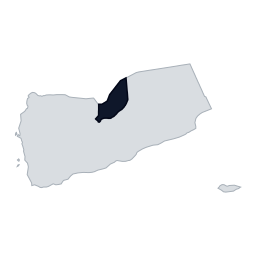 Zamakh wa Manwokh, Hadramawt, Yemen (highlighted)
{"feature_id": "15242507B25520584620075", "entity_name": "Zamakh wa Manwokh", "entity_type": "district", "adm_level": 2, "iso_a3": "YEM", "parent_name": "Yemen", "parent_adm1": "Hadramawt", "projection": "albers", "projection_center": [47.768, 17.17], "detail": "fine", "context": "in_parent", "style": "filled", "palette": "ink", "viewbox_px": 256, "rotation_deg": 0, "n_neighbors": 0, "source": "geoboundaries", "source_scale": "gbopen_adm2", "svg_char_len": 6109}
<svg xmlns="http://www.w3.org/2000/svg" viewBox="0 0 256 256"><path d="M211.5,108.8L202.2,112.5L199.8,114.1L197.6,116.0L195.9,118.4L194.9,122.6L195.8,126.4L195.8,128.4L193.4,129.8L191.2,130.8L188.7,132.4L187.1,132.8L185.9,134.0L184.5,134.8L179.3,137.1L173.6,138.8L164.5,141.0L161.0,143.1L157.8,144.7L152.9,145.2L146.2,147.3L142.5,148.9L137.9,151.6L136.9,152.5L136.1,154.5L134.6,156.2L131.9,159.0L129.8,160.4L128.4,160.5L125.7,161.3L122.4,161.4L117.0,160.5L115.6,161.1L114.5,162.2L110.3,164.1L106.1,167.9L102.9,168.9L97.9,170.1L94.4,171.7L92.0,172.3L89.0,172.6L83.3,172.4L78.0,172.9L73.0,174.0L70.6,176.0L68.0,179.2L63.6,180.4L62.6,181.6L61.2,183.9L58.4,184.5L55.8,184.8L53.2,183.8L48.3,186.5L46.4,187.0L43.6,187.0L41.6,187.6L40.1,187.4L38.3,186.3L34.6,184.8L31.8,185.6L31.6,182.9L27.2,174.6L28.3,167.4L28.3,166.4L27.5,163.1L24.8,160.1L25.0,156.4L24.2,153.7L23.5,151.0L23.8,150.2L23.8,149.6L22.5,145.3L22.1,144.5L21.9,143.6L22.4,142.9L22.4,142.1L21.7,140.8L21.0,138.3L17.3,136.3L18.1,134.5L18.8,135.2L19.8,135.7L20.0,134.6L20.1,133.7L18.7,128.2L21.1,120.9L20.6,114.3L24.1,111.8L25.0,111.0L25.5,110.3L26.4,108.8L27.5,108.3L27.9,106.8L27.9,106.0L27.2,105.3L26.7,103.4L26.9,101.1L27.1,100.1L27.6,98.4L28.8,97.7L29.1,97.2L28.2,96.1L28.3,95.4L30.4,93.5L31.2,93.0L32.5,92.4L33.6,92.5L34.8,92.8L35.8,93.4L36.8,94.4L37.9,95.5L39.6,95.9L40.8,95.8L41.7,96.3L42.5,96.1L43.4,95.6L44.8,95.6L46.1,95.0L49.8,94.8L53.3,95.0L57.0,94.6L60.7,94.6L64.5,94.7L65.3,94.8L66.1,95.2L69.2,96.9L71.6,97.3L76.4,97.8L81.5,98.3L85.9,98.8L89.6,98.4L92.8,98.1L93.6,98.1L94.5,99.2L96.4,101.8L98.2,104.2L101.3,104.4L103.3,103.4L105.5,102.2L106.8,101.2L108.4,97.2L109.4,94.7L111.7,91.8L113.6,89.4L116.1,86.2L117.5,84.4L120.3,80.9L122.9,79.6L128.0,76.9L133.0,74.3L136.2,72.6L139.0,71.9L143.6,71.2L149.1,70.3L154.5,69.5L160.3,68.6L166.7,67.6L171.2,66.9L176.8,66.0L181.5,65.2L185.6,64.6L189.9,63.9L190.8,65.8L191.6,67.7L192.5,69.6L193.3,71.5L194.2,73.4L195.1,75.4L195.9,77.3L196.8,79.2L197.6,81.1L198.5,83.0L199.4,84.9L200.2,86.8L201.1,88.7L202.0,90.7L202.8,92.6L203.7,94.5L204.5,96.4L205.9,96.9L206.7,98.7L207.9,101.2L209.1,103.8L210.3,106.3L211.5,108.8ZM226.4,186.0L227.6,186.2L229.3,185.5L234.4,185.2L240.6,187.1L239.5,187.7L238.8,188.5L236.2,189.3L233.5,191.1L225.8,192.1L223.5,191.8L221.5,190.2L218.0,188.2L219.3,186.9L219.6,186.3L220.1,185.7L222.1,184.6L224.0,184.7L226.4,186.0ZM19.1,160.7L18.9,161.2L18.5,161.1L17.4,160.0L18.7,158.9L19.4,160.0L19.1,160.7ZM16.1,134.9L15.5,135.3L15.4,134.6L15.8,132.9L16.4,132.4L16.8,133.7L16.5,134.3L16.1,134.9ZM18.4,165.9L17.2,166.5L18.0,164.9L18.9,164.7L19.2,164.7L18.4,165.9Z" fill="#d9dde1" stroke="#a8b0b8" stroke-width="1"/><path d="M95.6,118.9L95.9,119.2L96.1,119.4L96.1,119.5L96.3,119.6L96.5,119.8L96.8,120.0L97.0,120.2L97.2,120.3L97.3,120.4L97.4,120.5L97.5,120.6L97.7,120.8L97.8,120.9L97.9,121.0L98.0,121.1L98.2,121.4L98.2,121.5L98.3,121.5L98.4,121.8L98.5,121.8L98.6,122.0L98.8,122.1L99.0,122.1L99.4,122.1L99.5,122.0L99.6,121.9L99.8,121.7L100.0,121.5L100.1,121.4L100.2,121.2L100.3,121.1L100.4,120.9L100.5,120.8L100.5,120.7L100.6,120.4L100.7,120.2L100.8,120.0L100.8,119.9L100.9,119.7L101.0,119.6L101.2,119.4L101.3,119.3L101.4,119.2L101.5,119.1L101.9,119.0L102.0,118.9L102.3,118.8L102.4,118.7L102.5,118.7L102.8,118.5L103.0,118.5L103.1,118.4L103.3,118.4L103.5,118.3L103.8,118.2L104.0,118.2L104.3,118.2L104.5,118.1L104.9,118.1L105.0,118.1L105.4,118.1L105.6,118.1L105.8,118.1L106.0,118.1L106.4,118.1L106.5,118.1L106.8,118.1L107.0,118.1L107.3,118.1L107.6,118.2L107.8,118.2L108.0,118.2L108.4,118.2L108.4,118.3L108.5,118.3L108.8,118.3L109.0,118.3L109.3,118.3L109.5,118.3L109.8,118.3L110.1,118.3L110.3,118.3L110.5,118.2L110.9,118.1L111.0,118.0L111.2,117.9L111.3,117.9L111.5,117.7L111.8,117.5L111.9,117.4L112.1,117.2L112.3,117.0L112.5,117.0L112.7,116.9L112.8,116.8L113.0,116.8L113.1,116.7L113.3,116.6L113.5,116.6L113.7,116.4L113.8,116.3L113.9,116.2L114.0,116.1L114.3,116.0L114.3,115.9L114.5,115.7L114.8,115.4L115.0,115.2L115.3,114.9L115.5,114.8L115.5,114.7L115.8,114.4L116.0,114.3L116.1,114.2L116.3,114.0L116.4,113.9L116.5,113.8L116.6,113.7L116.8,113.5L116.9,113.3L117.0,113.2L117.1,112.9L117.3,112.7L117.5,112.5L117.6,112.4L117.8,112.2L118.0,112.0L118.1,111.9L118.3,111.8L118.4,111.7L118.5,111.6L118.8,111.4L119.0,111.2L119.3,110.9L119.5,110.8L119.7,110.7L119.8,110.6L120.0,110.5L120.0,110.4L120.3,110.2L120.5,110.2L120.9,109.9L121.0,109.9L121.1,109.7L121.3,109.6L121.5,109.5L121.7,109.4L121.8,109.4L122.0,109.2L122.3,108.9L122.5,108.6L122.8,108.4L122.9,108.2L123.0,108.1L123.2,107.9L123.3,107.8L123.4,107.7L123.5,107.6L123.7,107.4L123.8,107.3L123.9,107.2L124.0,107.1L124.1,106.9L124.3,106.6L124.4,106.4L124.5,106.2L124.8,105.8L124.9,105.7L125.0,105.6L125.1,105.4L125.2,105.2L125.3,105.2L125.4,104.9L125.5,104.8L125.6,104.7L125.8,104.3L125.9,104.2L126.0,103.9L126.1,103.7L126.3,103.4L126.4,103.2L126.5,102.9L126.6,102.7L126.7,102.3L126.8,102.2L126.9,101.9L127.0,101.7L127.1,101.4L127.2,101.2L127.3,100.9L127.4,100.7L127.5,100.5L127.6,100.4L127.6,100.2L127.7,99.9L127.7,99.7L127.8,99.5L127.8,99.4L127.8,99.2L127.8,98.9L127.7,98.8L127.7,98.6L127.7,98.3L127.7,98.2L127.6,96.9L127.3,92.6L127.1,91.1L126.3,81.2L126.0,77.9L125.6,78.1L125.2,78.3L124.8,78.5L124.3,78.8L123.9,79.0L123.5,79.2L123.0,79.4L122.6,79.7L122.3,79.8L121.8,80.1L121.3,80.3L120.9,80.5L120.5,80.7L120.2,81.1L119.9,81.5L119.6,81.9L119.2,82.4L119.0,82.7L118.7,83.1L118.4,83.4L118.1,83.8L117.8,84.2L117.5,84.6L117.2,85.0L116.9,85.4L116.6,85.8L116.3,86.1L116.0,86.5L115.7,86.9L115.4,87.3L115.1,87.7L114.8,88.1L114.5,88.5L114.2,88.9L113.9,89.2L113.6,89.6L113.3,90.0L113.0,90.4L112.7,90.8L112.4,91.2L112.1,91.5L111.8,91.9L111.5,92.3L111.2,92.7L110.9,93.1L110.6,93.5L110.3,93.9L110.0,94.2L109.7,94.6L109.4,95.6L109.0,96.5L108.9,96.9L108.5,97.9L108.2,98.8L108.0,99.2L107.6,100.2L107.3,101.1L106.9,101.3L106.5,101.5L106.1,101.8L105.8,102.0L105.4,102.2L105.0,102.5L104.6,102.7L104.3,102.9L103.9,103.1L103.5,103.4L103.1,103.6L102.8,103.8L102.4,104.1L102.0,104.3L101.2,104.3L100.3,104.3L99.9,104.3L99.4,104.3L98.7,104.3L98.7,106.6L98.7,107.3L98.7,108.3L98.7,109.5L98.6,111.8L98.6,115.5L95.6,118.9Z" fill="#0f172a" stroke="#020617" stroke-width="1.5"/></svg>